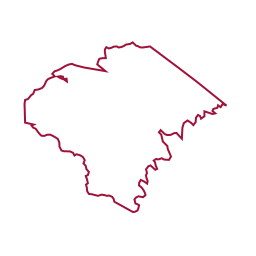 outline of Jacuizinho, Rio Grande do Sul, Brazil, rotated 351°
{"feature_id": "56859067B82489470998478", "entity_name": "Jacuizinho", "entity_type": "district", "adm_level": 2, "iso_a3": "BRA", "parent_name": "Brazil", "parent_adm1": "Rio Grande do Sul", "projection": "robinson", "projection_center": [-53.024, -29.051], "detail": "fine", "context": "isolated", "style": "outline", "palette": "rose", "viewbox_px": 256, "rotation_deg": 351, "n_neighbors": 0, "source": "geoboundaries", "source_scale": "gbopen_adm2", "svg_char_len": 2245}
<svg xmlns="http://www.w3.org/2000/svg" viewBox="0 0 256 256"><g transform="rotate(351 128 128)"><path d="M132.1,198.7L134.8,197.0L134.5,194.5L133.5,191.5L131.9,188.6L129.9,186.5L130.5,183.7L132.5,181.3L135.7,183.5L138.2,185.9L139.1,183.4L138.5,180.7L138.3,177.7L139.7,175.4L139.4,171.6L142.1,169.0L144.4,168.5L148.4,173.5L150.4,172.9L149.5,169.5L149.3,166.1L148.3,164.2L150.9,163.0L153.0,163.8L156.6,163.2L158.7,164.8L163.5,165.9L166.0,162.9L164.0,155.0L164.0,151.9L160.3,146.8L159.8,139.8L157.9,137.1L159.9,135.2L163.3,139.7L165.4,141.0L168.9,141.5L172.9,140.3L175.1,140.5L179.5,147.0L181.8,136.2L183.9,131.9L188.0,129.9L191.2,132.8L193.0,135.4L195.7,132.8L196.8,128.4L199.2,126.1L201.1,127.6L201.6,130.2L205.3,128.4L206.1,123.5L213.7,127.4L216.5,127.2L214.1,124.4L215.3,122.5L219.5,122.0L220.5,119.7L222.8,121.9L225.2,119.1L228.8,121.3L203.6,93.5L186.7,75.8L162.5,50.9L155.1,50.8L152.5,50.2L150.8,48.8L148.9,48.0L146.0,44.2L143.3,45.3L138.9,45.3L136.7,46.4L133.9,47.0L131.3,47.0L129.7,45.7L126.9,45.4L124.1,46.2L121.4,46.4L119.2,44.8L117.4,46.9L117.0,49.7L117.1,52.2L117.0,55.5L113.2,55.0L110.5,55.2L108.6,58.2L107.6,60.4L109.7,62.8L112.1,65.4L114.6,68.3L94.2,61.4L87.1,58.4L84.6,57.2L82.8,55.9L79.5,56.0L75.6,57.0L72.5,58.3L70.0,59.3L66.7,60.2L64.3,60.5L61.7,62.7L63.8,65.6L59.2,66.5L56.9,67.1L54.8,68.6L51.8,73.1L49.4,75.0L45.8,75.9L41.8,75.9L39.7,79.4L37.5,80.4L33.6,83.8L30.8,84.2L29.6,87.9L27.2,106.6L35.5,109.9L33.2,110.6L34.3,112.7L36.8,114.4L38.5,117.9L39.9,120.3L41.3,122.1L44.2,122.7L47.0,122.0L50.1,122.4L52.6,124.1L55.0,126.0L57.0,127.9L57.9,131.7L57.4,135.5L58.7,139.8L61.3,141.0L63.7,141.4L67.2,142.1L69.9,144.0L70.8,146.8L72.8,145.9L75.0,146.7L77.1,147.9L79.1,149.9L80.2,153.1L78.5,155.9L80.3,158.8L80.5,162.0L82.5,165.3L81.0,168.2L78.8,168.8L79.5,172.4L79.7,176.3L77.7,177.3L78.0,180.9L77.8,184.2L79.1,187.0L81.7,187.7L84.3,188.8L87.7,190.3L91.5,189.7L94.3,190.6L96.5,191.7L98.7,191.7L101.6,193.5L102.8,196.1L103.0,198.7L119.8,211.8L121.9,211.8L124.4,211.0L125.6,209.1L126.9,206.0L125.3,204.7L123.5,203.7L123.2,199.5L125.1,197.9L127.7,197.1L130.0,198.0L132.1,198.7ZM72.0,69.7L70.0,68.8L66.7,66.3L69.5,66.2L71.8,67.2L72.0,69.7ZM72.0,69.7L75.0,69.7L74.9,72.5L72.0,69.7Z" fill="none" stroke="#9f1239" stroke-width="2"/></g></svg>